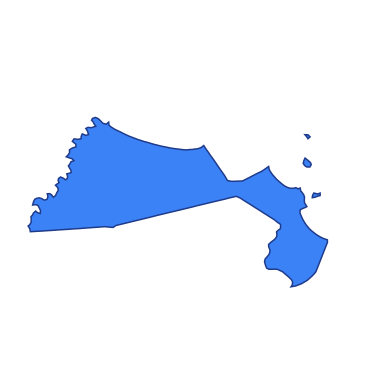 Cabo Frio, Rio de Janeiro, Brazil, rotated 291°
{"feature_id": "56859067B63803559021809", "entity_name": "Cabo Frio", "entity_type": "district", "adm_level": 2, "iso_a3": "BRA", "parent_name": "Brazil", "parent_adm1": "Rio de Janeiro", "projection": "mercator", "projection_center": [-42.045, -22.737], "detail": "fine", "context": "isolated", "style": "filled", "palette": "blue", "viewbox_px": 384, "rotation_deg": 291, "n_neighbors": 0, "source": "geoboundaries", "source_scale": "gbopen_adm2", "svg_char_len": 3587}
<svg xmlns="http://www.w3.org/2000/svg" viewBox="0 0 384 384"><g transform="rotate(291 192 192)"><path d="M130.6,131.0L133.4,132.9L154.9,164.0L157.7,167.9L165.2,178.8L168.8,184.1L173.9,191.5L177.0,196.0L178.5,198.2L180.0,200.2L192.5,218.4L194.0,220.6L197.1,225.2L199.6,228.6L201.8,231.9L203.8,234.9L203.7,238.6L203.2,241.2L202.5,244.4L201.9,247.5L201.3,250.7L200.6,254.1L200.0,257.0L199.5,259.6L199.0,262.1L198.5,264.6L198.0,266.8L197.4,270.1L196.7,273.2L196.2,275.9L195.5,279.2L194.4,282.4L193.5,286.2L191.6,287.1L189.3,287.6L187.2,286.2L185.1,285.2L182.8,286.5L180.7,287.0L178.6,286.6L176.3,285.5L173.3,283.6L170.5,282.3L168.4,283.2L165.5,285.8L162.9,286.3L160.8,286.2L158.1,285.2L155.8,284.3L152.8,284.7L149.8,287.0L147.7,288.9L147.4,291.3L148.2,293.5L149.3,296.1L150.4,299.3L150.0,305.2L149.2,307.3L148.4,309.7L147.5,312.2L146.6,314.4L145.7,316.4L144.0,318.2L141.3,318.9L139.0,318.4L141.3,322.3L145.6,327.1L150.9,331.3L156.3,334.1L159.6,335.5L161.8,336.2L166.6,336.3L181.3,336.4L193.6,336.5L195.9,335.5L195.7,331.8L195.9,328.9L196.3,326.0L196.9,323.1L197.9,319.8L198.8,317.0L199.8,314.6L201.0,312.5L202.3,310.2L204.2,307.6L205.9,305.5L207.8,303.5L209.6,301.7L211.6,300.1L214.2,299.4L216.3,301.3L218.0,303.1L219.5,304.5L220.8,302.9L222.1,301.0L224.6,299.8L227.7,298.8L229.7,297.0L231.0,295.0L232.0,293.1L234.5,291.6L232.9,289.7L233.3,287.5L231.6,285.0L230.6,281.8L230.5,279.1L230.8,276.4L231.5,273.9L232.4,271.3L233.3,268.7L234.3,266.2L235.7,263.6L237.2,260.7L238.9,258.2L240.6,256.1L243.3,254.4L237.6,250.6L235.7,249.1L232.8,246.3L225.7,240.0L220.4,235.2L216.2,225.4L215.4,221.0L218.9,216.7L223.1,210.4L224.8,207.9L229.1,201.8L231.5,198.2L233.0,195.7L234.6,193.6L236.5,190.6L239.6,186.3L237.1,184.8L235.4,183.1L234.1,181.3L233.1,179.2L231.9,177.2L230.7,174.4L229.4,171.9L228.6,169.6L228.0,167.2L227.4,164.8L226.7,162.0L225.9,158.7L225.4,156.3L225.0,153.9L224.6,151.5L224.2,149.2L223.7,146.2L223.3,142.6L222.9,139.7L222.7,137.2L222.5,134.9L222.4,132.8L222.0,129.7L221.8,125.7L221.6,122.5L221.6,119.6L221.6,115.9L221.6,112.9L221.8,110.0L222.0,107.0L222.4,103.8L222.6,100.7L222.8,98.0L223.2,95.6L223.7,93.2L224.6,90.6L227.3,89.2L224.6,87.6L224.2,84.2L225.9,80.6L226.9,78.0L227.0,75.1L225.0,72.7L223.0,72.5L222.1,74.5L220.7,75.9L218.9,78.6L215.9,74.9L215.1,71.8L213.3,70.1L211.3,72.7L208.5,74.8L206.9,72.7L206.9,68.7L204.2,68.6L202.0,69.3L200.3,66.7L199.3,62.8L196.4,62.1L195.0,66.4L192.5,67.5L190.2,64.5L187.5,62.5L184.8,63.6L182.3,63.1L179.8,62.0L179.9,64.9L180.0,68.4L178.9,70.6L177.0,68.2L174.2,67.9L172.1,67.2L170.4,69.2L168.9,71.2L166.8,72.2L165.4,70.5L164.1,68.6L162.2,70.1L160.1,70.8L158.1,69.7L158.8,66.6L158.9,63.9L156.8,62.6L154.9,62.8L153.1,64.5L151.3,63.3L149.4,62.1L148.0,65.1L145.7,66.5L142.6,66.0L139.8,65.9L137.4,64.4L139.0,62.0L139.5,59.8L138.5,57.5L136.1,59.1L133.2,59.3L131.5,57.1L132.0,53.8L131.8,51.5L130.5,49.3L128.8,47.8L126.5,47.5L122.7,47.9L124.0,50.3L124.4,52.7L122.7,54.8L120.5,57.1L117.6,58.0L117.3,55.3L118.2,52.9L115.5,51.5L113.3,51.4L111.3,50.5L109.5,51.4L105.9,52.7L103.3,52.2L101.5,51.2L99.5,53.8L97.0,55.3L98.4,58.4L99.5,60.8L100.8,63.7L102.0,66.4L103.6,69.8L106.0,75.1L108.2,79.7L110.8,85.4L113.5,91.3L115.0,94.4L117.2,99.3L121.4,108.1L124.3,114.3L125.3,116.5L128.3,122.8L130.6,131.0ZM261.9,292.1L263.0,289.2L264.2,285.4L260.9,285.2L258.4,285.7L257.0,287.9L256.5,290.2L257.6,293.1L260.3,293.5L261.9,292.1ZM236.9,312.0L235.2,310.0L234.7,306.1L232.0,305.8L229.8,306.3L230.9,308.3L233.0,310.7L234.6,312.9L236.9,312.0ZM287.0,279.9L286.0,276.9L284.7,279.3L283.3,281.2L285.8,282.5L287.0,279.9Z" fill="#3b82f6" stroke="#1e3a8a" stroke-width="1.5"/></g></svg>